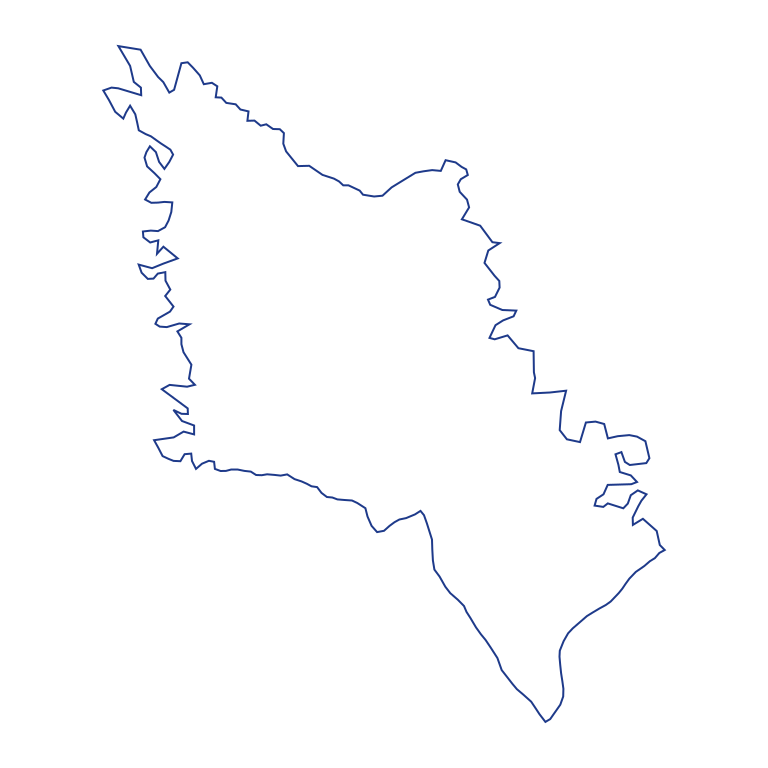 Sananduva, Rio Grande do Sul, Brazil
{"feature_id": "56859067B37086041685825", "entity_name": "Sananduva", "entity_type": "district", "adm_level": 2, "iso_a3": "BRA", "parent_name": "Brazil", "parent_adm1": "Rio Grande do Sul", "projection": "orthographic", "projection_center": [-51.812, -27.963], "detail": "fine", "context": "isolated", "style": "outline", "palette": "blue", "viewbox_px": 768, "rotation_deg": 0, "n_neighbors": 0, "source": "geoboundaries", "source_scale": "gbopen_adm2", "svg_char_len": 3944}
<svg xmlns="http://www.w3.org/2000/svg" viewBox="0 0 768 768"><path d="M445.6,160.2L440.8,170.9L432.2,170.1L423.5,171.3L415.4,172.8L398.1,183.4L391.6,187.4L382.5,195.7L374.1,196.5L363.0,194.7L359.7,190.6L348.4,185.3L343.2,185.3L339.0,181.4L333.9,178.6L322.5,174.9L309.2,165.8L298.0,166.1L286.1,151.4L283.3,143.7L283.9,133.1L279.8,129.2L273.0,129.0L266.3,124.3L260.7,125.7L254.5,120.6L247.4,120.8L248.5,111.4L240.4,109.5L235.7,104.3L226.3,102.9L221.4,97.6L215.7,97.3L217.3,86.3L211.9,82.8L203.8,84.2L199.8,75.4L193.0,67.7L187.7,62.3L181.4,63.2L174.1,89.8L169.3,92.6L163.3,82.1L158.1,77.0L149.8,65.9L140.6,49.7L118.4,46.1L130.1,65.9L133.8,81.9L140.9,87.6L141.2,95.2L118.2,88.3L111.5,87.6L103.3,90.5L109.0,100.1L115.2,111.8L123.3,118.6L126.0,112.5L130.1,105.7L135.3,114.3L137.2,122.7L138.8,130.3L145.7,134.1L150.9,136.3L156.9,140.6L161.0,143.5L165.8,146.6L170.4,149.7L173.1,154.6L169.3,161.9L164.4,168.9L159.1,161.9L155.9,152.1L149.9,146.3L146.4,152.1L144.5,157.6L147.1,166.4L154.5,173.2L160.4,179.2L156.3,187.0L149.4,192.5L145.1,199.5L151.3,202.8L158.0,202.6L164.4,201.9L172.3,202.4L171.3,212.0L168.6,220.5L165.1,227.2L158.0,231.1L150.8,230.6L142.9,231.5L143.4,237.3L150.2,242.5L158.3,240.3L157.0,253.8L163.4,246.7L177.7,258.4L163.4,263.6L152.1,268.2L138.7,264.6L141.6,272.7L147.8,278.9L153.5,278.6L157.8,273.6L165.3,272.1L165.5,280.7L170.3,289.6L165.2,296.0L173.5,306.6L170.0,311.6L157.8,318.6L155.4,323.8L159.7,326.6L166.8,327.1L179.2,323.5L189.5,324.3L177.4,331.4L181.4,337.8L181.4,344.2L183.5,352.2L191.4,364.7L189.0,378.7L194.9,384.8L187.1,386.7L169.6,384.9L161.8,389.2L187.7,408.4L187.9,414.0L181.5,413.8L173.4,409.9L182.0,421.0L194.1,425.5L194.1,434.4L183.6,431.6L173.7,437.4L154.1,440.2L158.3,447.8L162.6,456.1L168.6,458.9L173.6,460.9L180.4,461.2L184.6,454.2L191.2,453.6L192.0,461.0L196.0,468.9L202.0,463.7L208.9,460.8L214.1,461.8L214.9,468.9L220.6,471.0L226.0,470.9L231.3,469.5L237.5,469.5L244.4,470.9L250.8,471.6L256.1,475.0L261.8,475.2L267.1,474.3L274.3,474.9L280.7,475.6L287.2,474.4L294.5,479.1L301.5,481.4L306.9,483.8L311.5,486.3L317.1,487.1L321.5,492.9L326.9,497.0L332.3,497.5L337.4,499.4L344.6,500.0L352.0,500.5L357.3,503.0L365.4,508.2L367.5,516.5L371.6,525.9L377.1,532.1L384.0,530.8L389.5,525.9L394.5,522.2L399.4,519.5L406.1,518.1L415.0,514.4L420.5,510.9L424.0,515.2L426.9,523.4L432.0,539.6L432.3,549.5L432.9,560.4L434.4,569.6L439.6,576.6L445.3,586.7L450.3,593.2L457.9,599.8L464.0,606.0L466.5,611.9L470.3,617.8L476.0,627.4L481.0,634.4L485.6,640.0L490.7,647.6L497.4,658.0L501.7,670.1L505.3,674.7L512.3,683.7L516.9,689.2L523.3,694.6L531.2,701.7L534.9,707.2L539.5,714.2L545.4,721.9L550.2,719.1L553.2,714.8L560.3,704.7L563.2,696.5L563.4,688.8L562.4,681.5L561.1,673.2L560.2,664.7L559.5,656.7L559.8,650.7L563.6,641.2L568.1,633.3L572.7,628.4L577.9,623.9L586.9,616.1L592.7,612.5L599.4,608.5L605.8,605.0L610.7,601.5L615.0,597.0L618.8,593.0L622.3,588.7L625.6,583.8L629.3,578.7L635.8,571.9L644.2,566.1L649.9,561.2L654.9,558.1L659.3,553.0L664.7,550.0L659.8,545.0L656.7,531.0L642.9,518.8L632.9,524.9L632.7,517.6L638.3,506.2L641.4,500.7L646.5,494.3L637.8,490.4L630.8,495.2L627.8,503.6L623.3,508.3L607.8,503.4L603.3,506.9L594.6,505.6L596.5,498.9L603.5,494.3L607.7,484.9L631.3,484.2L637.0,482.0L630.8,475.4L619.8,472.0L618.4,464.8L615.5,454.3L621.4,452.1L624.9,461.9L629.8,465.0L646.3,463.1L649.4,458.2L645.4,441.2L637.0,436.6L629.3,435.1L617.7,436.2L607.9,438.4L604.2,424.0L595.5,421.6L585.9,422.5L580.0,442.1L566.9,439.3L559.7,430.1L561.1,411.1L566.1,390.7L550.0,392.5L532.2,393.4L535.1,378.1L533.9,372.3L533.6,351.2L518.4,348.2L507.6,335.4L494.7,339.3L489.5,337.9L495.5,325.2L503.1,320.4L513.6,316.3L516.3,310.6L502.3,310.0L490.2,304.8L488.0,299.6L495.0,296.9L499.6,287.6L499.3,281.0L494.5,275.7L484.5,262.9L488.3,250.5L499.7,243.1L492.4,242.2L480.2,225.7L461.9,219.3L469.1,207.4L467.0,199.6L459.7,191.8L457.8,184.4L460.8,179.2L467.8,175.0L466.2,169.4L461.6,166.9L455.6,162.4L445.6,160.2Z" fill="none" stroke="#1e3a8a" stroke-width="2"/></svg>